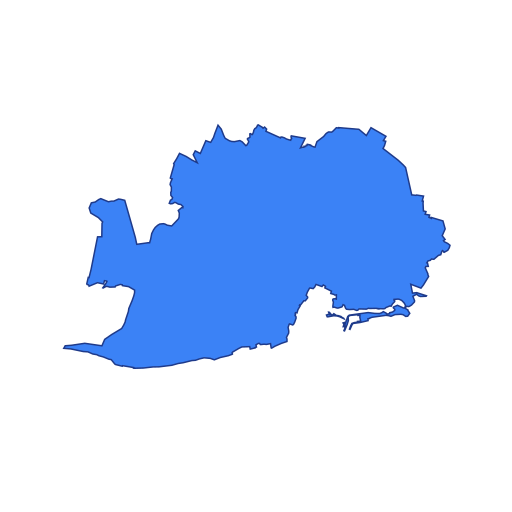 Kota Banda Aceh, Aceh, Indonesia (Albers equal-area conic projection), rotated 205°
{"feature_id": "22746128B56363132836699", "entity_name": "Kota Banda Aceh", "entity_type": "district", "adm_level": 2, "iso_a3": "IDN", "parent_name": "Indonesia", "parent_adm1": "Aceh", "projection": "albers", "projection_center": [95.318, 5.562], "detail": "fine", "context": "isolated", "style": "filled", "palette": "blue", "viewbox_px": 512, "rotation_deg": 205, "n_neighbors": 0, "source": "geoboundaries", "source_scale": "gbopen_adm2", "svg_char_len": 6107}
<svg xmlns="http://www.w3.org/2000/svg" viewBox="0 0 512 512"><g transform="rotate(205 256 256)"><path d="M391.2,91.1L384.6,93.5L372.2,96.4L367.8,98.1L362.6,98.2L358.5,99.3L356.3,99.2L351.8,100.0L345.7,100.3L343.4,100.9L338.3,98.4L337.3,98.3L330.6,99.6L330.6,100.2L319.7,103.2L319.6,102.6L319.1,102.7L310.7,106.9L302.5,111.9L297.0,114.6L286.1,121.4L281.1,125.7L276.9,128.5L270.0,134.1L266.8,135.9L263.7,138.9L260.0,141.8L254.2,143.9L249.9,144.3L245.5,148.9L239.0,153.9L236.1,156.8L235.9,157.2L236.8,158.2L236.7,158.9L232.5,165.0L230.4,167.6L223.4,171.2L221.9,169.2L218.0,172.3L218.2,172.5L217.1,173.7L218.5,175.5L216.9,177.8L215.8,178.3L214.8,177.6L214.3,177.7L211.4,179.5L209.3,180.2L205.8,182.7L203.4,179.1L202.9,179.1L200.6,182.4L196.0,187.6L191.8,191.6L192.8,193.8L194.0,195.1L193.8,199.9L194.6,201.8L196.8,205.0L197.1,208.3L196.8,208.7L193.6,209.0L193.1,209.8L193.0,212.5L193.4,216.6L194.1,217.9L195.4,218.5L195.3,219.4L196.0,219.9L196.3,221.3L196.1,221.5L194.8,221.7L195.3,225.1L194.9,229.3L195.8,229.6L195.7,230.3L195.1,230.3L194.9,230.6L193.7,235.7L192.4,236.2L191.5,239.8L191.8,240.6L193.9,241.6L194.2,245.1L193.9,249.4L193.6,249.8L190.4,250.6L189.7,252.7L189.6,255.6L183.3,256.2L182.8,258.2L180.2,257.9L180.1,256.2L172.8,256.0L172.4,253.6L169.1,254.1L168.3,253.9L167.2,254.3L166.7,254.7L165.0,250.9L166.0,250.8L167.5,250.0L168.1,249.2L167.6,248.1L166.4,247.0L165.1,242.9L164.5,242.0L163.6,242.7L160.5,243.1L159.6,243.5L156.7,246.1L156.5,246.6L156.5,248.7L155.0,248.7L152.7,246.5L151.5,246.0L148.6,247.0L144.9,249.0L141.8,249.2L140.9,249.8L140.2,251.6L133.5,254.5L132.1,256.1L130.6,256.6L124.9,259.4L123.0,260.0L123.1,259.7L122.7,259.8L122.9,260.0L118.0,262.1L117.0,262.8L116.5,264.1L113.6,267.3L112.3,267.6L112.1,270.1L111.1,273.1L111.2,273.9L112.3,274.3L112.6,275.0L109.2,276.9L108.1,277.3L105.2,277.3L102.2,276.2L100.5,275.1L99.4,273.9L99.4,271.6L100.4,271.2L107.0,271.1L109.9,267.8L109.7,267.1L107.6,266.3L107.3,265.3L108.6,262.9L110.9,261.1L110.6,260.1L112.9,258.7L113.8,259.2L117.1,259.4L118.1,257.7L119.7,256.1L124.0,254.2L130.5,252.1L146.5,241.8L147.3,240.0L146.1,229.1L145.8,229.0L145.9,230.3L145.0,230.4L144.8,225.5L144.4,225.4L144.1,225.5L144.4,232.3L145.0,236.5L146.7,239.7L146.2,241.3L145.1,242.2L139.0,245.8L138.5,245.2L136.7,246.2L135.9,244.2L133.5,241.1L133.6,240.6L135.2,239.4L135.4,239.8L134.9,240.1L135.0,240.4L136.4,239.6L136.2,239.3L135.6,239.7L135.4,239.3L138.8,237.2L140.6,235.4L140.7,233.0L140.4,229.2L139.8,229.2L139.9,234.2L139.5,235.9L133.7,239.6L127.1,244.8L128.0,246.5L126.6,247.4L126.6,247.9L124.8,249.6L113.2,257.1L110.9,257.9L108.2,258.4L105.3,261.6L100.1,264.4L97.8,265.0L94.8,264.5L93.1,265.5L92.4,269.0L95.4,270.9L95.5,271.3L98.5,271.6L98.6,273.9L96.2,274.7L95.7,275.2L94.3,277.3L93.0,281.3L93.3,282.4L96.8,285.8L94.3,289.2L91.5,288.6L89.8,288.8L84.8,291.4L84.7,292.0L94.9,290.7L98.5,288.5L103.8,295.8L92.9,296.6L92.0,300.6L90.9,310.4L92.5,311.9L92.6,312.4L97.6,316.8L97.6,318.3L95.5,319.4L97.5,322.0L98.3,322.0L98.0,324.3L96.2,325.7L95.7,327.4L93.4,328.2L90.9,333.7L89.1,335.2L89.5,338.5L89.3,339.7L87.7,339.4L87.5,338.9L87.0,338.9L84.6,342.2L84.3,345.1L84.7,347.7L87.5,348.4L91.4,348.5L92.6,349.2L91.6,350.9L95.8,353.1L96.0,360.5L101.4,366.8L113.5,365.0L113.1,364.2L115.6,364.1L116.0,366.5L120.3,365.3L120.7,368.1L123.3,367.6L126.9,374.4L127.6,376.4L128.6,376.1L129.5,381.1L136.3,379.1L136.6,378.6L140.7,377.2L157.8,399.4L160.9,400.7L167.7,402.9L186.3,407.1L186.2,410.3L186.9,414.8L189.3,414.4L188.8,419.4L206.0,420.9L206.9,411.8L216.3,414.3L235.3,407.3L235.1,406.9L237.4,406.2L239.0,401.7L239.8,400.2L242.5,399.2L243.4,398.1L244.3,396.4L245.2,392.9L249.1,385.4L248.5,379.6L249.9,379.3L252.8,379.2L252.9,379.5L254.3,379.3L254.3,379.5L256.7,378.9L256.5,377.8L257.3,377.6L257.3,376.2L258.8,375.8L258.5,374.8L259.9,374.2L261.4,372.8L261.2,383.4L274.8,379.8L274.6,378.7L273.4,377.7L273.4,377.1L273.7,376.6L273.5,375.5L277.9,374.9L280.2,375.1L282.8,374.8L283.7,374.3L283.7,373.4L299.7,373.2L300.0,375.5L302.7,376.5L303.6,374.8L304.5,375.3L309.4,375.8L309.9,375.2L309.8,373.8L310.2,371.9L310.9,371.0L311.1,369.0L310.6,367.0L310.6,364.6L310.9,364.3L312.7,364.6L313.2,364.1L311.7,361.2L312.4,359.9L313.2,359.1L313.3,358.4L311.0,356.7L310.8,355.8L311.2,352.5L311.8,351.7L316.7,353.6L319.4,353.8L323.9,350.5L326.5,349.5L328.9,349.2L333.4,349.6L334.1,349.9L336.3,351.7L341.1,356.3L345.7,358.5L345.1,349.8L344.6,345.3L345.1,339.8L350.2,339.3L349.8,325.4L355.5,325.6L355.7,321.3L348.7,315.7L354.7,315.9L361.3,316.7L368.7,316.7L369.0,310.7L369.7,304.9L368.8,304.2L366.6,290.4L365.8,290.2L364.6,290.5L364.5,286.3L364.0,284.4L361.8,282.7L360.1,278.9L360.2,277.8L358.8,275.0L356.3,273.7L356.1,271.9L357.1,270.4L356.9,267.1L355.4,267.2L353.7,268.3L352.4,270.2L351.3,270.5L348.3,270.2L345.8,270.9L343.1,270.0L342.7,268.8L343.7,268.6L345.7,264.4L343.7,262.6L342.1,258.7L342.0,256.8L345.1,247.6L349.5,246.4L351.9,246.5L353.5,246.2L356.7,244.3L358.1,242.3L359.4,239.3L359.9,236.4L360.0,232.3L358.6,226.8L358.0,223.0L359.4,222.4L369.0,216.2L373.3,221.9L398.5,251.0L402.5,250.2L404.7,249.5L408.1,245.6L410.1,244.7L412.7,242.8L420.9,242.4L422.4,240.7L424.5,237.0L427.7,234.6L427.5,229.0L423.9,225.1L415.1,224.2L409.4,222.1L409.3,220.4L403.9,208.3L407.7,206.4L399.8,174.1L398.2,165.9L399.0,165.7L397.6,159.2L397.0,158.8L395.7,159.0L395.0,158.7L394.5,158.1L388.4,164.8L382.3,166.2L382.9,169.6L380.6,170.2L380.3,169.9L380.5,167.2L381.4,162.4L381.0,162.4L379.0,165.1L377.7,165.6L375.3,166.0L370.6,168.4L370.6,169.5L367.0,172.9L365.0,173.4L364.5,172.7L358.5,174.4L351.6,173.8L350.5,171.3L349.9,168.2L349.4,163.1L349.1,154.7L348.2,151.7L347.2,142.9L346.7,140.9L346.7,137.4L347.1,133.5L353.7,123.7L357.9,116.5L357.7,109.5L374.3,104.5L385.5,97.1L391.0,94.0L391.2,91.1ZM164.6,234.5L164.4,234.0L166.0,233.5L167.2,232.3L165.8,231.0L165.2,231.2L160.3,234.7L157.2,235.9L154.6,236.3L149.7,236.3L150.1,236.6L152.6,236.8L153.4,237.1L156.4,236.7L158.0,236.1L161.1,236.6L161.4,235.7L160.7,235.1L162.8,234.6L165.7,236.0L166.5,235.8L166.1,235.3L164.6,234.5ZM147.1,233.7L148.8,232.1L147.4,231.3L147.1,228.9L146.8,229.1L146.9,230.6L147.1,233.7Z" fill="#3b82f6" stroke="#1e3a8a" stroke-width="1.5"/></g></svg>